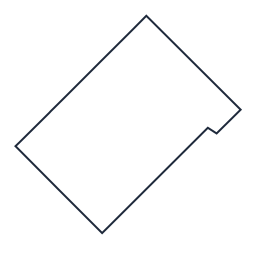 Marshall, South Dakota, United States of America, rotated 315°
{"feature_id": "52423323B27274564243659", "entity_name": "Marshall", "entity_type": "district", "adm_level": 2, "iso_a3": "USA", "parent_name": "United States of America", "parent_adm1": "South Dakota", "projection": "mercator", "projection_center": [-97.549, 45.747], "detail": "fine", "context": "isolated", "style": "outline", "palette": "slate", "viewbox_px": 256, "rotation_deg": 315, "n_neighbors": 0, "source": "geoboundaries", "source_scale": "gbopen_adm2", "svg_char_len": 364}
<svg xmlns="http://www.w3.org/2000/svg" viewBox="0 0 256 256"><g transform="rotate(315 128 128)"><path d="M220.6,194.7L220.3,61.6L199.7,61.7L198.0,61.7L157.9,61.6L155.4,61.6L148.8,61.6L143.0,61.6L105.0,61.6L85.2,61.5L83.4,61.6L40.5,61.4L35.6,61.3L35.4,122.6L35.4,184.0L184.6,184.3L186.8,194.5L220.6,194.7Z" fill="none" stroke="#1e293b" stroke-width="2"/></g></svg>